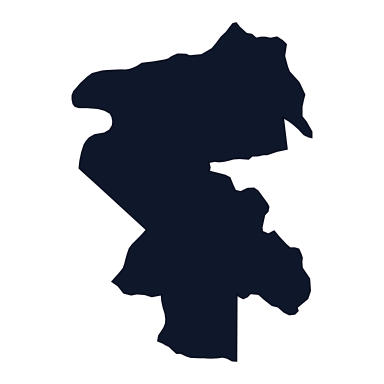 the district of Murici dos Portelas, Piauí, Brazil
{"feature_id": "56859067B24029295900147", "entity_name": "Murici dos Portelas", "entity_type": "district", "adm_level": 2, "iso_a3": "BRA", "parent_name": "Brazil", "parent_adm1": "Piauí", "projection": "robinson", "projection_center": [-42.008, -3.363], "detail": "fine", "context": "isolated", "style": "filled", "palette": "ink", "viewbox_px": 384, "rotation_deg": 0, "n_neighbors": 0, "source": "geoboundaries", "source_scale": "gbopen_adm2", "svg_char_len": 2411}
<svg xmlns="http://www.w3.org/2000/svg" viewBox="0 0 384 384"><path d="M229.3,28.4L226.4,32.3L221.4,37.0L215.8,44.4L212.1,48.8L201.6,54.9L189.6,56.0L185.9,54.5L180.8,54.3L177.4,54.3L171.8,56.8L168.5,59.1L164.9,60.2L157.1,61.5L153.1,62.2L141.9,63.5L137.7,66.3L133.3,68.4L129.3,69.7L125.0,70.3L121.9,70.1L116.4,70.3L106.4,70.8L102.3,71.2L92.4,73.7L87.6,77.2L80.8,83.5L76.1,89.0L73.8,91.6L72.3,95.5L72.3,99.3L73.2,103.7L75.1,106.2L79.0,107.4L87.2,107.4L97.6,108.2L104.5,110.0L110.3,113.2L112.2,117.0L113.0,121.3L112.6,125.4L109.7,130.2L104.3,133.3L94.7,134.9L89.5,137.9L86.4,141.4L84.2,145.0L81.9,152.3L80.1,160.7L79.3,168.2L82.7,171.4L97.0,184.3L146.6,229.8L143.2,233.7L140.0,237.1L136.6,240.5L132.5,244.6L129.5,248.6L127.8,253.4L126.2,259.0L124.9,264.2L123.4,268.4L121.0,271.5L118.2,274.8L115.4,277.9L112.1,281.6L118.2,285.8L123.8,292.9L131.2,294.8L136.6,293.7L144.8,294.3L151.8,296.5L156.4,295.6L161.5,294.6L162.0,301.0L163.4,307.5L165.3,313.6L166.0,318.9L165.8,323.3L164.1,327.7L161.2,332.3L158.9,335.6L157.9,340.9L162.7,342.8L165.3,344.4L169.3,346.4L173.2,350.1L176.6,353.2L180.8,353.1L186.0,355.6L190.4,357.1L194.5,357.3L199.6,357.5L204.2,357.5L207.2,357.8L212.1,357.9L218.4,357.5L222.5,356.9L227.2,358.0L232.2,360.7L236.5,361.0L236.8,294.4L239.3,296.5L243.2,298.5L247.2,296.7L250.4,293.4L258.8,294.2L263.7,298.7L272.1,305.3L278.2,306.8L284.2,312.1L289.4,314.6L294.9,313.9L297.9,310.8L296.8,307.5L307.6,298.5L310.2,290.9L309.9,285.8L309.4,278.8L302.1,268.0L301.6,261.9L302.1,257.9L300.8,254.0L298.6,249.2L294.8,248.1L290.0,248.1L285.7,244.3L278.9,237.0L274.1,231.1L268.4,234.2L262.3,231.6L261.8,227.4L264.5,214.8L267.8,211.3L268.7,207.0L267.3,204.0L257.8,191.0L253.9,188.3L247.6,188.6L240.7,191.9L235.3,190.6L232.6,184.8L229.8,177.8L225.1,175.4L209.2,171.4L209.9,167.2L208.7,162.3L214.6,161.1L218.9,161.6L223.8,161.1L228.8,160.0L233.5,158.7L239.7,158.3L244.1,158.6L248.5,159.0L252.2,155.8L257.7,155.7L263.7,154.4L266.9,154.5L277.1,151.1L287.0,149.0L283.2,117.5L286.3,119.2L289.8,121.4L293.2,124.0L296.1,126.5L299.0,129.1L301.8,132.2L304.1,134.6L308.4,136.6L311.7,137.5L311.7,131.8L306.2,122.1L301.8,116.5L301.8,106.5L303.3,99.6L304.6,94.7L300.5,85.8L298.8,82.4L289.2,71.8L287.3,66.8L284.4,56.0L286.2,44.4L282.4,40.7L277.0,37.2L270.5,38.5L265.3,37.4L261.1,37.4L256.1,38.4L251.7,34.5L246.5,33.7L243.1,30.6L239.5,27.3L236.1,23.0L232.9,23.8L229.3,28.4Z" fill="#0f172a" stroke="#020617" stroke-width="1.5"/></svg>